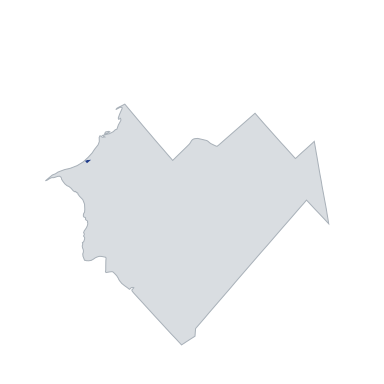 Toujounine, Nouakchott, Mauritania shown in context, rotated 50°
{"feature_id": "47542326B78041808774540", "entity_name": "Toujounine", "entity_type": "district", "adm_level": 2, "iso_a3": "MRT", "parent_name": "Mauritania", "parent_adm1": "Nouakchott", "projection": "albers", "projection_center": [-15.928, 18.086], "detail": "fine", "context": "in_parent", "style": "filled", "palette": "blue", "viewbox_px": 384, "rotation_deg": 50, "n_neighbors": 0, "source": "geoboundaries", "source_scale": "gbopen_adm2", "svg_char_len": 3472}
<svg xmlns="http://www.w3.org/2000/svg" viewBox="0 0 384 384"><g transform="rotate(50 192 192)"><path d="M171.8,317.0L171.3,316.9L169.2,315.5L168.2,313.8L166.6,312.5L164.3,311.7L162.8,310.8L162.1,309.7L161.3,308.9L160.4,308.6L160.3,308.2L160.5,307.6L160.3,306.6L158.9,304.4L157.7,303.4L156.6,303.5L156.0,303.3L155.7,302.8L155.5,302.0L154.8,301.4L153.5,301.2L152.5,299.5L151.7,296.4L150.7,294.1L149.5,292.4L148.6,291.7L148.0,291.6L147.8,291.4L147.6,290.9L146.7,290.7L145.4,291.2L144.2,291.1L143.6,290.2L142.8,290.2L141.8,290.9L140.6,290.7L139.4,289.6L138.7,288.5L138.5,287.4L136.4,285.3L132.2,282.1L127.7,280.6L122.9,280.9L120.1,280.7L119.5,280.2L118.9,280.3L118.3,280.9L117.7,281.0L117.0,280.7L116.6,280.9L116.4,281.7L114.7,282.2L111.5,282.2L108.8,282.7L106.8,283.7L104.0,284.2L100.3,284.0L98.1,283.6L97.4,283.0L96.3,282.9L94.9,283.2L93.7,284.8L92.6,287.7L91.7,289.4L91.0,289.8L90.3,291.9L89.8,295.5L89.2,297.1L89.2,288.1L90.3,284.8L90.6,281.8L92.9,275.3L95.6,270.0L98.0,262.9L99.0,256.0L98.7,249.3L97.9,243.3L96.7,239.4L95.5,233.6L93.8,230.6L90.5,228.0L89.8,226.4L90.6,225.9L92.5,225.5L93.8,223.4L91.1,224.2L94.2,217.9L95.2,213.6L95.0,210.8L95.6,209.1L93.3,205.3L91.5,200.6L90.6,199.8L89.6,199.4L89.5,200.5L89.0,201.5L87.9,200.9L85.9,197.5L83.1,191.8L82.2,191.3L81.4,192.0L80.9,192.8L79.9,197.4L79.6,195.6L80.0,193.4L80.7,190.7L81.5,187.0L83.9,187.0L88.2,187.0L96.8,187.0L101.1,187.0L109.7,187.0L114.0,187.0L122.5,186.9L126.8,186.9L135.4,186.8L139.7,186.7L148.3,186.6L152.6,186.5L155.4,186.5L155.2,183.8L155.0,181.7L154.8,178.9L154.6,176.1L154.4,173.3L154.2,170.6L154.0,168.0L153.8,165.5L153.6,163.3L153.3,162.0L152.4,159.4L152.2,158.1L152.4,156.8L153.0,155.5L154.6,153.2L157.1,151.3L159.9,149.2L162.1,147.6L163.2,147.2L166.7,146.6L169.4,145.4L172.0,144.2L173.1,143.5L173.2,141.3L172.2,93.1L185.1,92.9L188.4,92.8L212.2,92.1L215.6,91.9L232.8,91.3L232.8,89.1L232.6,85.8L232.4,81.4L232.3,76.9L232.0,69.0L231.8,65.8L235.3,67.8L242.3,71.9L245.8,73.9L252.8,78.0L259.8,82.1L266.9,86.1L270.4,88.2L273.9,90.2L277.5,92.2L281.0,94.2L288.1,98.2L291.1,99.9L295.6,102.6L299.9,105.1L304.2,107.7L297.8,108.0L289.3,108.5L283.4,108.9L277.5,109.2L271.8,109.5L272.6,114.0L273.3,118.9L274.1,123.8L274.9,128.8L275.7,133.7L278.0,148.5L278.8,153.4L279.6,158.4L280.4,163.3L281.2,168.2L282.7,178.1L283.5,183.1L284.3,188.0L285.1,193.0L285.9,197.9L286.7,202.9L288.3,212.8L289.1,217.7L290.0,222.7L290.8,227.6L291.6,232.6L292.4,237.5L293.2,242.5L294.0,247.4L295.6,257.3L296.5,262.3L297.3,267.2L298.1,272.2L298.9,277.0L301.3,279.4L304.4,282.4L303.8,286.9L303.1,292.4L302.4,298.3L294.3,298.7L286.4,299.2L266.7,300.1L262.8,300.3L243.1,301.1L239.1,301.3L231.5,301.6L229.3,301.5L228.4,301.1L228.0,298.1L227.4,298.3L226.6,299.2L226.2,300.2L226.4,301.5L226.3,302.5L223.8,303.0L220.4,303.9L216.8,304.6L213.2,304.5L211.9,304.3L210.6,303.9L207.7,303.5L206.1,303.6L204.3,303.7L202.2,304.0L201.5,304.6L200.0,306.9L198.5,309.6L197.5,309.6L196.3,308.2L193.1,305.5L189.2,302.1L187.4,300.3L186.5,300.1L184.7,301.5L183.2,302.7L181.6,304.5L180.9,306.2L180.3,308.1L180.1,310.5L179.6,313.2L178.3,315.3L176.8,317.0L175.6,317.8L175.2,318.2L171.8,317.0ZM92.5,219.5L91.3,221.5L90.8,220.7L90.5,219.4L91.6,217.6L92.1,216.7L93.1,216.3L92.5,219.5Z" fill="#d9dde1" stroke="#a8b0b8" stroke-width="1"/><path d="M100.5,253.2L101.7,253.2L101.7,251.9L101.7,250.9L101.2,251.6L101.0,251.8L100.9,251.9L100.8,252.0L100.8,252.3L100.7,252.5L100.7,252.8L100.6,253.0L100.5,253.2Z" fill="#3b82f6" stroke="#1e3a8a" stroke-width="1.5"/></g></svg>